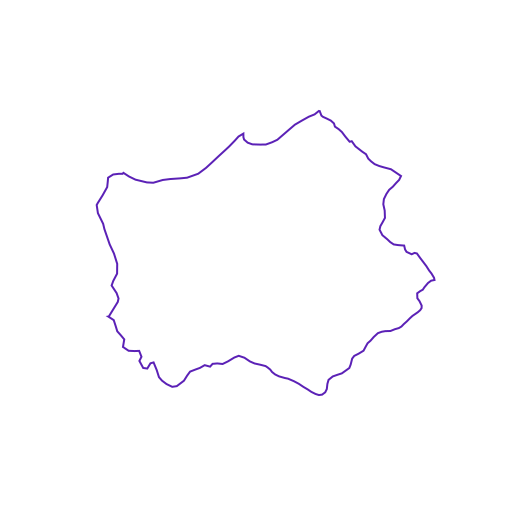 outline of Lubok Antu, Sarawak, Malaysia, rotated 34°
{"feature_id": "92858781B44551979255249", "entity_name": "Lubok Antu", "entity_type": "district", "adm_level": 2, "iso_a3": "MYS", "parent_name": "Malaysia", "parent_adm1": "Sarawak", "projection": "natural_earth1", "projection_center": [111.911, 1.298], "detail": "fine", "context": "isolated", "style": "outline", "palette": "violet", "viewbox_px": 512, "rotation_deg": 34, "n_neighbors": 0, "source": "geoboundaries", "source_scale": "gbopen_adm2", "svg_char_len": 2578}
<svg xmlns="http://www.w3.org/2000/svg" viewBox="0 0 512 512"><g transform="rotate(34 256 256)"><path d="M167.4,388.8L173.9,388.7L178.9,392.6L183.1,396.0L187.9,397.2L193.4,398.8L196.6,405.8L203.4,405.8L208.5,402.7L212.2,400.0L217.4,403.6L218.0,408.2L225.1,411.9L228.8,410.1L228.5,404.0L230.6,401.5L237.5,406.1L243.3,410.7L247.8,411.9L253.4,412.2L259.7,411.3L263.1,408.2L266.0,399.7L265.8,393.6L266.0,388.7L269.2,384.1L272.1,380.1L274.5,375.2L279.8,373.4L280.3,369.7L284.0,366.7L288.7,364.2L291.7,359.0L294.8,352.3L297.5,348.4L303.3,346.8L309.9,346.8L314.9,345.9L320.2,343.8L325.5,341.9L327.8,341.9L331.3,342.2L334.2,343.2L338.1,343.5L342.4,342.9L348.2,341.0L351.1,339.8L357.4,338.6L363.0,338.0L368.5,338.0L373.5,337.7L377.8,337.7L382.5,337.1L385.9,336.1L388.3,334.0L389.6,330.3L389.1,326.7L386.7,322.1L385.4,318.1L387.0,312.9L390.2,308.6L392.8,305.3L396.0,296.7L395.2,293.1L393.1,287.3L393.3,283.9L395.7,279.6L398.1,274.4L397.6,269.5L397.3,265.9L398.3,262.2L398.9,257.3L400.2,251.8L402.6,248.5L405.2,246.0L409.4,243.0L412.1,239.0L414.7,235.9L416.0,233.2L416.6,229.8L417.6,225.9L418.4,221.6L419.2,218.2L421.6,212.1L422.4,209.1L422.4,206.6L421.1,204.5L416.8,202.0L413.4,200.8L410.5,196.8L411.8,193.2L413.1,190.7L413.1,187.7L413.7,182.2L415.0,178.5L417.4,176.1L415.8,174.5L411.3,172.4L407.6,171.2L402.8,169.1L392.8,165.7L388.0,163.9L385.7,164.8L384.1,167.5L378.5,168.4L375.9,167.2L373.0,164.5L367.7,167.5L363.7,169.4L359.5,169.4L355.3,168.7L349.2,168.1L343.7,165.1L342.4,161.7L342.1,157.4L341.6,152.3L337.3,146.4L332.6,141.9L330.2,137.3L329.4,131.5L329.4,126.6L330.7,122.0L331.3,117.4L332.1,112.9L331.5,108.6L324.1,108.6L319.4,108.6L312.5,111.0L307.8,112.5L303.0,113.5L298.5,113.2L294.6,112.5L290.3,110.1L285.8,110.1L277.1,109.5L271.2,107.3L269.7,108.9L263.1,107.0L257.9,105.2L253.6,104.6L249.1,104.6L246.5,102.5L242.3,101.9L237.8,102.5L233.6,103.2L231.7,103.0L227.1,99.8L227.2,100.0L225.4,105.8L221.9,111.0L218.5,117.7L214.8,125.4L212.7,133.0L208.7,147.7L205.8,152.6L201.8,158.1L197.0,161.4L190.5,165.5L185.7,166.7L181.0,166.1L179.1,164.5L177.1,161.6L174.7,166.7L173.9,172.4L172.5,180.2L171.2,185.8L169.3,193.7L167.3,202.5L165.3,210.9L162.1,220.1L155.1,229.6L149.9,233.9L141.8,240.2L136.2,245.1L129.9,252.7L124.4,256.0L113.4,260.1L106.3,261.1L99.6,261.2L99.4,262.5L96.5,264.4L92.0,268.3L89.6,273.8L91.5,277.2L94.1,282.1L94.9,291.5L95.2,300.7L95.4,302.8L101.0,308.9L111.3,314.8L115.2,318.4L128.2,328.2L136.9,333.4L145.3,340.1L150.7,348.3L151.6,356.5L152.8,361.2L161.2,364.7L165.8,368.1L167.1,371.4L167.8,388.4L167.4,388.8Z" fill="none" stroke="#5b21b6" stroke-width="2"/></g></svg>